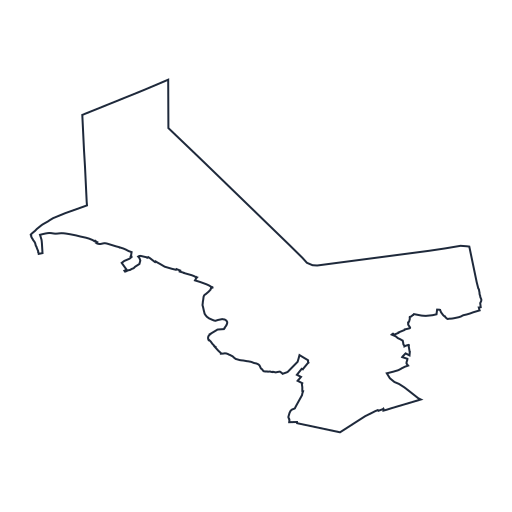 Gooise Meren, Noord-Holland, Netherlands
{"feature_id": "6326949B89511959643085", "entity_name": "Gooise Meren", "entity_type": "district", "adm_level": 2, "iso_a3": "NLD", "parent_name": "Netherlands", "parent_adm1": "Noord-Holland", "projection": "natural_earth1", "projection_center": [5.099, 52.322], "detail": "fine", "context": "isolated", "style": "outline", "palette": "slate", "viewbox_px": 512, "rotation_deg": 0, "n_neighbors": 0, "source": "geoboundaries", "source_scale": "gbopen_adm2", "svg_char_len": 5919}
<svg xmlns="http://www.w3.org/2000/svg" viewBox="0 0 512 512"><path d="M168.2,79.7L143.2,90.3L82.3,114.9L84.0,150.1L85.0,166.8L86.7,202.0L87.0,205.4L65.4,213.1L53.2,218.1L49.7,220.2L48.0,221.4L44.6,223.3L42.5,224.5L41.4,225.3L36.9,228.9L34.9,231.0L34.6,231.2L32.2,233.2L31.7,233.7L31.3,234.0L30.7,234.8L31.2,235.6L31.3,236.0L31.2,236.3L31.2,236.6L32.1,238.3L32.8,239.3L32.9,239.7L34.0,241.2L34.7,242.2L35.2,243.3L35.8,245.7L36.1,246.2L36.4,246.6L36.7,247.6L37.6,249.9L37.8,250.2L38.0,250.6L38.3,252.1L38.2,252.2L38.5,252.7L38.7,253.9L42.5,253.1L41.9,243.2L41.7,241.1L41.5,239.7L40.6,236.7L40.0,234.8L42.8,234.1L45.5,233.5L47.3,233.2L49.1,233.0L51.1,233.1L53.7,233.5L55.3,233.7L57.1,233.6L59.9,233.3L61.7,233.2L63.8,233.3L66.2,233.6L70.4,234.3L76.0,235.4L80.3,236.5L85.9,237.7L89.0,238.6L92.5,240.0L93.5,240.6L94.4,241.2L95.1,240.7L96.7,241.9L97.1,242.1L96.2,242.9L97.1,243.5L98.2,243.8L99.3,244.0L100.4,244.0L101.4,243.8L103.2,243.4L104.4,243.2L105.7,243.3L107.1,243.6L116.2,246.4L118.6,247.0L119.3,247.2L119.5,247.5L119.8,247.4L123.3,248.5L126.1,249.7L126.4,249.9L128.7,251.1L131.6,252.1L131.1,255.2L130.7,256.3L131.5,256.5L131.6,257.0L130.9,257.5L130.2,258.2L129.3,258.8L124.6,260.8L123.9,261.2L121.7,262.9L126.6,269.7L124.4,270.7L125.0,271.6L125.6,271.5L127.9,270.4L130.2,269.9L131.6,269.0L133.4,268.3L134.0,267.9L134.8,267.0L135.3,266.6L139.4,264.0L140.3,260.6L139.9,259.3L139.4,258.0L138.2,256.6L139.3,256.0L140.6,255.9L146.7,257.3L147.0,257.6L147.2,257.8L147.3,257.8L147.6,257.7L147.8,257.4L148.2,257.1L150.0,258.2L154.9,262.0L155.1,262.1L155.6,261.4L157.2,262.4L160.3,264.1L164.7,266.7L171.9,268.8L176.0,269.8L176.2,269.7L176.5,269.1L180.1,270.5L179.7,271.1L179.9,271.3L179.8,271.6L183.6,272.7L183.9,272.8L183.9,273.0L191.7,275.2L194.0,276.1L196.0,277.2L196.3,277.3L196.4,277.1L196.7,277.3L197.0,277.4L196.1,278.4L195.0,280.4L200.2,282.0L206.5,284.3L208.9,285.4L211.9,287.2L212.2,287.1L212.5,287.3L212.5,287.6L212.0,287.7L211.5,288.1L210.9,288.3L210.7,289.2L210.5,289.7L210.3,289.9L208.6,291.7L205.9,294.0L204.7,294.8L204.1,295.5L203.6,296.7L203.2,299.8L202.8,302.1L202.8,302.7L202.5,305.0L202.6,305.5L203.1,307.3L203.8,310.5L204.2,312.0L204.6,313.7L205.5,315.1L206.8,316.7L209.1,318.4L211.2,319.3L211.3,319.4L211.8,319.6L214.0,320.5L215.4,320.8L217.9,320.0L222.2,319.1L223.8,319.4L224.2,319.4L224.8,319.6L225.4,319.9L226.3,320.6L226.7,321.1L227.2,322.1L227.2,322.5L227.2,323.0L226.7,324.7L226.5,324.8L226.2,325.6L224.6,327.8L224.7,328.0L223.9,329.1L218.0,329.5L217.4,329.6L216.0,330.5L210.0,334.1L210.2,334.3L209.7,334.7L208.7,335.7L208.1,337.2L208.1,337.8L208.1,338.5L208.3,339.3L208.6,340.0L208.9,339.8L210.7,341.5L212.5,344.0L213.9,345.4L214.6,346.3L215.0,346.6L214.7,346.7L215.6,347.7L218.2,350.6L221.0,353.2L221.0,353.3L220.9,353.4L220.9,353.7L223.0,353.6L224.9,353.3L226.5,353.5L228.3,354.2L228.9,354.6L230.5,355.2L231.3,355.7L232.0,356.0L232.7,356.4L234.3,357.9L235.8,359.0L236.3,359.1L239.8,360.1L241.1,360.3L243.3,360.5L247.0,361.2L248.2,361.3L249.7,361.6L250.5,361.7L251.8,362.1L254.0,363.0L256.5,363.5L258.4,364.4L259.4,365.3L259.6,365.6L260.9,368.4L261.2,368.7L262.1,369.3L262.5,369.8L262.8,370.4L263.2,370.8L263.9,371.3L264.3,371.4L265.3,371.4L265.9,371.6L266.9,371.4L267.9,371.7L270.0,371.5L271.2,371.9L272.7,372.1L272.9,371.8L273.6,371.9L275.6,372.4L276.2,372.3L277.5,372.0L279.8,371.6L280.8,372.2L281.6,372.9L282.1,373.2L282.6,373.8L286.9,372.3L287.8,371.8L297.6,361.8L298.5,358.8L299.5,355.1L305.3,358.6L307.0,359.6L308.0,360.2L308.1,360.3L308.0,361.4L308.2,362.1L308.5,362.7L308.4,362.8L308.0,362.9L307.6,363.4L302.9,369.1L302.8,369.3L301.7,368.8L296.9,374.8L301.0,376.9L298.8,379.5L298.6,379.6L297.6,380.8L302.3,383.2L301.9,384.4L302.3,387.1L302.3,391.0L303.1,391.2L302.4,393.2L302.0,395.2L296.3,405.5L295.2,407.6L294.9,408.3L294.7,408.5L292.1,409.5L291.2,410.2L290.4,411.1L289.5,413.0L288.4,416.8L288.4,417.3L288.5,417.8L289.1,418.6L289.1,419.3L289.4,419.7L289.4,420.2L289.2,422.2L297.0,422.0L297.1,423.2L340.0,432.3L365.3,416.1L372.8,412.4L375.1,411.2L377.8,410.1L378.4,410.8L382.5,409.3L383.2,408.9L383.4,408.7L383.5,408.9L383.6,409.4L383.5,410.6L386.8,409.7L391.8,408.1L420.8,399.5L418.2,398.2L409.7,391.5L404.4,387.4L400.2,384.7L398.9,383.9L394.4,382.0L389.9,378.3L386.8,373.3L388.9,372.8L390.8,372.3L393.6,371.6L395.2,371.1L397.7,370.4L398.9,369.9L400.8,368.9L401.9,368.2L403.2,367.6L404.7,366.8L408.1,365.6L407.0,364.2L406.5,363.4L406.5,362.9L406.6,362.0L407.3,359.9L407.4,358.8L402.2,357.1L402.5,356.6L405.6,353.4L409.5,355.4L409.8,352.1L409.7,352.1L409.2,349.1L408.7,346.2L408.9,345.5L408.9,345.1L408.7,344.9L407.4,345.2L405.6,345.8L404.4,346.4L404.3,345.7L403.6,344.7L403.3,344.0L403.2,342.8L402.8,341.1L402.7,340.6L401.3,339.9L400.6,339.4L397.8,338.1L396.3,336.8L395.6,336.3L394.1,335.6L393.3,335.3L391.7,334.6L391.8,334.5L392.2,334.6L392.4,334.2L392.9,333.7L393.1,333.7L393.9,334.7L394.0,334.7L398.5,332.9L398.7,332.7L398.6,332.4L404.5,330.0L404.8,329.7L404.8,329.4L405.8,329.2L409.2,328.4L409.7,328.2L410.0,328.0L410.1,327.8L410.0,327.4L408.2,324.7L408.1,322.6L408.5,322.6L408.6,322.3L409.2,321.2L409.8,318.9L409.7,317.6L409.8,316.9L411.1,316.5L412.9,315.0L413.2,315.0L413.9,314.1L421.6,315.6L425.7,315.9L432.6,315.2L436.5,314.3L437.1,309.6L439.3,309.7L440.1,309.9L440.2,310.3L441.1,312.4L442.3,314.0L442.8,314.7L443.6,315.6L444.5,316.3L444.9,316.3L445.6,317.4L446.8,318.5L447.7,319.0L449.3,318.7L451.8,318.6L454.1,318.2L458.8,317.2L460.0,316.8L460.9,316.5L462.5,315.6L463.4,315.2L466.6,314.5L470.0,313.5L473.2,312.3L479.6,310.4L479.3,309.6L479.0,308.2L478.8,307.5L479.2,307.5L480.7,307.2L480.2,303.1L481.0,301.5L481.2,301.0L481.3,300.5L481.3,299.4L480.3,297.0L480.1,295.5L479.7,294.7L479.5,293.3L479.5,292.8L479.5,292.5L479.3,291.7L478.9,289.3L478.3,288.5L476.7,282.2L469.3,246.6L467.1,246.3L460.6,245.8L445.2,248.4L429.1,250.8L317.2,265.5L312.5,265.2L306.9,262.8L302.4,257.8L289.7,245.3L201.2,159.5L168.4,128.1L168.2,79.7Z" fill="none" stroke="#1e293b" stroke-width="2"/></svg>